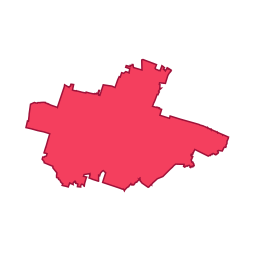 the district of Silao de la Victoria, Guanajuato, Mexico, rotated 102°
{"feature_id": "50627088B90006920351190", "entity_name": "Silao de la Victoria", "entity_type": "district", "adm_level": 2, "iso_a3": "MEX", "parent_name": "Mexico", "parent_adm1": "Guanajuato", "projection": "albers", "projection_center": [-101.426, 20.976], "detail": "fine", "context": "isolated", "style": "filled", "palette": "rose", "viewbox_px": 256, "rotation_deg": 102, "n_neighbors": 0, "source": "geoboundaries", "source_scale": "gbopen_adm2", "svg_char_len": 5593}
<svg xmlns="http://www.w3.org/2000/svg" viewBox="0 0 256 256"><g transform="rotate(102 128 128)"><path d="M136.0,36.5L135.2,35.8L134.8,35.7L134.6,35.2L134.2,35.1L134.0,34.7L133.5,34.6L133.3,34.5L133.1,34.5L132.4,35.1L132.2,35.4L131.9,35.6L131.2,34.9L130.9,31.0L127.1,30.0L126.5,29.3L126.6,28.4L125.7,28.2L124.6,28.5L124.1,28.5L123.2,28.1L122.4,28.0L121.6,28.2L120.0,28.4L119.6,28.2L116.8,27.7L116.2,28.0L116.0,27.9L114.8,33.8L115.0,33.9L114.8,34.0L113.8,38.9L114.2,39.2L113.9,39.5L113.7,39.5L113.2,40.0L113.4,40.2L113.5,40.2L113.4,41.2L113.2,41.3L113.2,41.5L113.0,41.9L113.1,42.2L112.2,46.1L111.8,46.3L111.9,46.5L112.1,46.5L111.8,46.7L111.8,47.0L112.0,47.0L111.9,47.3L112.1,47.5L112.0,47.8L111.8,47.8L111.6,48.8L111.8,49.5L111.3,49.6L111.3,50.0L110.7,50.6L111.2,51.3L110.6,53.2L110.3,53.3L110.5,53.3L110.6,53.5L110.3,55.0L110.1,58.2L109.8,59.1L109.5,63.1L108.5,78.7L107.5,89.3L109.9,89.4L108.9,99.5L102.8,99.0L102.5,101.6L101.8,101.5L101.6,104.0L102.0,104.0L101.7,108.5L97.7,108.0L97.4,107.8L95.4,107.4L89.2,106.5L89.2,106.0L89.2,105.6L87.8,105.4L86.2,104.9L85.6,105.8L84.5,105.3L84.4,105.3L82.2,103.8L82.6,105.2L79.0,105.7L78.9,106.4L77.2,106.5L76.6,100.7L68.6,100.0L67.8,99.8L66.0,99.2L63.7,97.9L63.5,98.2L62.5,97.7L62.0,98.6L61.9,100.8L61.4,100.5L60.9,102.2L64.4,103.3L64.0,103.8L63.9,104.1L63.5,104.0L63.1,105.5L61.4,104.9L60.9,105.9L60.8,106.3L60.6,106.3L60.0,107.8L65.3,108.5L65.1,109.5L65.4,109.8L65.0,111.3L64.7,113.2L63.9,113.9L60.1,113.3L57.9,127.6L58.6,128.7L68.4,126.4L67.7,135.2L64.9,136.3L65.0,137.1L65.9,137.0L66.3,138.8L67.4,138.4L67.3,142.7L69.1,142.9L69.6,138.7L73.9,138.4L73.7,139.2L73.3,139.0L73.6,140.1L73.3,141.9L75.4,143.6L75.2,145.7L79.8,146.2L79.6,147.3L83.1,148.1L91.1,149.1L90.4,152.5L90.9,161.2L102.0,162.3L102.0,163.4L101.3,163.3L101.3,164.0L97.2,163.7L97.3,164.4L100.5,164.7L100.5,166.0L101.2,166.1L101.2,167.6L101.6,167.6L101.8,169.8L101.8,172.8L101.6,176.4L102.5,176.5L102.6,180.3L102.4,183.9L102.4,185.8L102.3,186.0L102.5,186.1L102.6,188.7L102.4,190.2L96.8,190.2L96.9,192.1L97.2,192.1L97.2,193.0L99.0,193.0L99.8,194.2L100.5,194.2L98.9,199.0L100.9,198.9L121.9,201.3L122.6,201.3L122.5,201.5L121.6,208.7L121.0,210.8L120.9,211.1L121.1,211.1L120.5,214.2L120.2,214.2L120.4,215.8L121.2,218.8L121.4,218.9L121.9,221.5L122.5,221.8L122.7,223.5L122.5,224.9L125.0,228.3L134.7,227.6L136.7,227.3L142.1,226.8L142.0,227.8L148.8,227.9L148.9,222.4L149.3,215.9L149.3,209.8L149.9,203.3L156.6,203.9L158.6,204.0L164.1,204.4L164.1,204.5L169.8,205.0L169.9,204.4L169.7,204.0L170.0,201.8L172.3,202.0L173.1,203.2L173.3,203.8L173.9,203.9L174.1,205.3L176.3,205.5L176.5,205.4L176.5,205.1L177.5,204.2L178.2,203.1L179.4,202.8L181.1,193.5L182.6,193.2L186.6,188.3L187.2,188.2L187.4,188.2L187.6,188.1L187.9,188.2L188.2,188.0L188.9,188.1L191.2,187.6L191.4,187.2L191.5,185.5L191.9,185.4L192.2,185.4L192.7,185.2L192.8,184.7L193.0,184.4L193.2,183.6L194.7,182.7L194.9,182.2L195.1,182.2L195.7,181.2L196.1,180.2L197.8,180.5L197.9,179.1L197.9,176.8L198.1,174.2L193.9,173.6L194.1,172.6L194.3,172.5L194.3,171.9L194.7,169.9L193.8,170.3L193.4,170.3L193.2,170.1L192.5,169.9L192.2,169.3L192.0,169.5L191.9,169.5L191.4,169.2L191.0,168.8L191.0,168.6L191.2,168.4L191.6,168.2L191.9,167.8L193.0,167.7L193.1,166.5L193.1,165.7L193.3,165.3L194.8,165.3L195.2,165.4L195.9,165.3L195.8,164.1L195.7,163.6L195.6,162.5L195.5,162.0L194.9,162.2L194.1,162.2L193.7,162.2L192.7,161.8L192.6,160.6L192.8,160.1L192.9,159.8L193.2,159.6L193.7,159.4L193.9,158.7L191.4,158.9L185.7,158.5L184.6,158.2L184.5,161.5L182.7,161.3L180.5,155.8L181.5,155.9L181.6,155.4L184.0,155.6L183.9,155.5L184.9,155.6L185.6,151.9L186.2,145.9L186.0,145.7L184.4,146.1L180.3,146.9L180.6,145.8L179.3,145.7L177.7,145.4L175.3,144.0L174.8,143.3L176.5,140.5L183.0,141.2L186.5,141.5L188.6,123.0L188.7,122.5L189.0,120.8L188.8,120.6L188.7,119.7L189.1,119.3L189.5,119.1L190.2,118.5L189.3,118.3L186.5,116.6L185.8,115.7L185.3,115.5L185.2,115.1L183.6,114.6L182.9,114.0L181.9,113.6L182.9,112.8L182.9,112.5L182.7,112.2L182.4,112.0L182.6,111.7L182.4,111.6L182.4,111.4L182.6,111.0L182.5,110.6L182.2,110.4L181.6,110.3L181.4,110.0L180.5,109.8L179.4,109.0L179.4,108.5L179.0,108.0L178.5,108.0L177.0,106.9L175.8,106.6L175.0,105.9L175.4,105.9L175.3,106.0L175.7,106.0L175.9,105.5L176.1,105.5L175.9,106.4L176.2,106.1L176.5,106.0L176.6,105.5L177.1,105.2L177.2,104.8L177.6,104.6L177.9,103.9L178.2,103.8L178.5,103.5L178.9,102.9L180.9,98.2L181.8,96.0L181.7,95.8L181.4,95.7L181.3,95.3L179.5,94.3L179.0,93.9L178.5,93.7L178.5,93.4L178.7,93.1L178.2,93.2L177.7,92.9L176.6,92.4L171.5,88.7L168.2,83.8L159.7,78.3L157.2,76.5L155.1,75.3L153.4,73.8L151.9,65.6L152.5,65.4L152.9,65.5L153.0,65.6L153.8,65.6L153.7,65.2L154.5,64.7L154.1,64.0L153.8,63.6L153.2,63.3L153.1,62.8L152.9,62.4L153.0,62.0L152.9,61.8L152.3,61.5L152.2,61.2L152.0,60.5L151.9,60.3L151.8,60.1L152.4,59.5L152.9,59.3L153.4,59.3L153.7,58.4L153.4,58.2L152.8,58.2L152.1,57.3L151.4,57.2L152.1,57.0L152.5,56.5L151.9,56.2L151.2,56.1L151.3,55.8L151.3,55.6L151.0,55.5L150.7,55.5L150.3,56.0L149.9,56.0L149.4,56.2L149.2,56.8L148.0,57.3L147.8,57.8L147.9,58.3L148.0,58.4L147.5,58.7L147.4,58.9L147.0,59.0L146.1,59.6L145.5,59.6L145.2,59.2L144.6,59.0L143.8,59.2L143.5,59.2L143.2,59.0L143.1,58.8L142.4,58.7L142.1,59.2L142.1,59.3L142.5,59.7L142.3,60.2L142.0,60.5L141.7,60.5L141.4,60.8L140.5,60.7L140.4,60.1L140.5,60.0L140.5,59.6L139.8,59.0L139.6,59.0L138.8,59.4L138.7,59.4L138.4,59.2L138.2,58.9L135.1,58.2L138.8,43.7L137.7,42.4L137.9,42.4L137.8,41.9L137.7,41.9L137.6,41.6L137.0,41.3L136.9,41.4L136.3,40.8L136.4,40.7L136.4,40.2L135.6,40.0L135.2,39.5L135.3,38.7L135.8,38.0L135.5,37.6L136.0,36.5Z" fill="#f43f5e" stroke="#9f1239" stroke-width="1.5"/></g></svg>